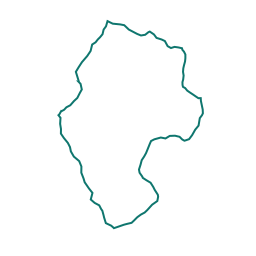 outline of Agdash District, Ağdaş, Azerbaijan, rotated 11°
{"feature_id": "54616110B75800990015815", "entity_name": "Agdash District", "entity_type": "district", "adm_level": 2, "iso_a3": "AZE", "parent_name": "Azerbaijan", "parent_adm1": "Ağdaş", "projection": "natural_earth1", "projection_center": [47.449, 40.556], "detail": "fine", "context": "isolated", "style": "outline", "palette": "teal", "viewbox_px": 256, "rotation_deg": 11, "n_neighbors": 0, "source": "geoboundaries", "source_scale": "gbopen_adm2", "svg_char_len": 1800}
<svg xmlns="http://www.w3.org/2000/svg" viewBox="0 0 256 256"><g transform="rotate(11 128 128)"><path d="M165.8,39.4L162.1,39.3L158.2,39.5L154.9,41.3L151.3,40.1L147.6,35.6L144.1,34.7L138.8,34.1L135.6,31.2L131.0,29.2L129.8,30.0L127.1,33.2L123.1,34.7L119.0,33.9L115.0,32.7L110.0,31.2L104.7,27.8L100.5,27.8L93.1,28.5L87.5,27.0L87.4,28.1L87.0,32.4L85.3,36.0L85.1,40.8L83.2,44.3L81.5,46.8L79.8,50.1L76.9,52.9L76.6,59.5L74.3,65.0L70.2,72.2L67.9,77.9L66.1,82.8L71.1,92.2L70.9,92.2L73.0,93.7L75.3,99.0L74.1,102.6L72.5,108.2L69.8,111.9L67.0,116.7L63.6,119.4L61.8,122.3L59.4,124.3L59.2,124.2L58.8,125.3L58.0,127.7L57.3,128.7L59.8,130.9L60.6,136.9L62.4,141.8L63.2,146.3L66.9,150.0L71.8,154.1L74.7,157.8L76.4,161.9L80.3,166.4L86.4,169.8L89.6,174.7L90.7,180.8L94.1,186.2L95.8,189.5L101.2,194.8L105.5,198.5L105.1,205.3L109.6,207.9L114.5,209.4L117.2,212.8L118.6,214.1L120.7,218.4L121.6,220.4L124.4,225.6L130.2,227.1L132.9,228.7L133.3,229.0L136.8,227.0L142.5,223.7L145.4,222.3L149.6,220.4L151.4,217.9L154.0,214.0L154.6,213.3L157.2,210.5L160.5,207.8L162.5,205.0L164.2,202.2L166.3,198.7L170.7,194.1L170.7,193.3L170.7,189.7L170.0,187.8L166.0,183.6L164.0,181.0L160.6,177.4L155.9,175.7L152.0,174.1L151.4,173.1L147.9,169.7L146.7,166.7L147.3,161.7L147.6,157.0L149.3,152.9L150.5,149.2L151.4,144.7L152.4,139.5L153.1,136.4L156.0,134.1L162.0,131.1L166.8,131.1L170.5,127.8L175.6,126.6L180.3,126.8L183.4,128.9L185.8,129.7L186.8,129.2L190.1,127.3L192.3,122.8L194.3,116.8L196.8,112.2L196.6,104.6L198.2,101.3L198.7,99.3L197.8,95.6L194.4,87.5L193.7,84.8L191.4,85.3L188.3,84.0L185.8,82.9L181.7,81.2L179.0,80.0L176.5,77.9L174.1,77.1L173.3,75.3L172.7,72.6L172.9,69.8L172.6,65.9L171.3,62.4L170.9,58.9L171.0,55.9L171.3,51.8L171.0,48.5L170.3,44.9L168.4,42.4L166.4,40.8L165.8,39.4Z" fill="none" stroke="#0f766e" stroke-width="2"/></g></svg>